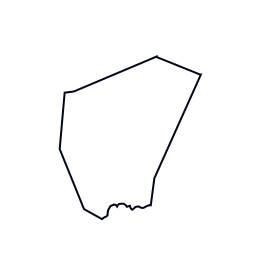 Floissac/Marc, Castries, Saint Lucia, rotated 314°
{"feature_id": "8701671B34935279369913", "entity_name": "Floissac/Marc", "entity_type": "district", "adm_level": 2, "iso_a3": "LCA", "parent_name": "Saint Lucia", "parent_adm1": "Castries", "projection": "natural_earth1", "projection_center": [-60.961, 13.963], "detail": "fine", "context": "isolated", "style": "outline", "palette": "ink", "viewbox_px": 256, "rotation_deg": 314, "n_neighbors": 0, "source": "geoboundaries", "source_scale": "gbopen_adm2", "svg_char_len": 621}
<svg xmlns="http://www.w3.org/2000/svg" viewBox="0 0 256 256"><g transform="rotate(314 128 128)"><path d="M199.6,99.0L199.2,98.9L116.7,63.7L109.4,57.9L65.4,93.5L39.1,152.7L44.4,172.6L45.9,172.8L47.9,173.2L48.9,173.8L50.9,174.0L52.3,172.8L54.6,171.0L55.9,170.6L59.7,169.6L62.6,170.9L63.1,170.9L64.2,172.9L63.9,174.7L65.3,174.2L67.1,174.4L68.4,175.3L70.5,177.5L70.9,180.1L70.6,182.0L73.3,183.3L72.0,186.1L72.2,187.9L76.6,188.3L78.9,190.1L79.9,193.2L81.4,194.7L83.9,195.4L87.6,197.1L88.2,198.1L110.1,181.9L216.5,143.5L216.9,143.3L216.7,143.2L199.2,100.0L199.6,99.0Z" fill="none" stroke="#020617" stroke-width="2"/></g></svg>